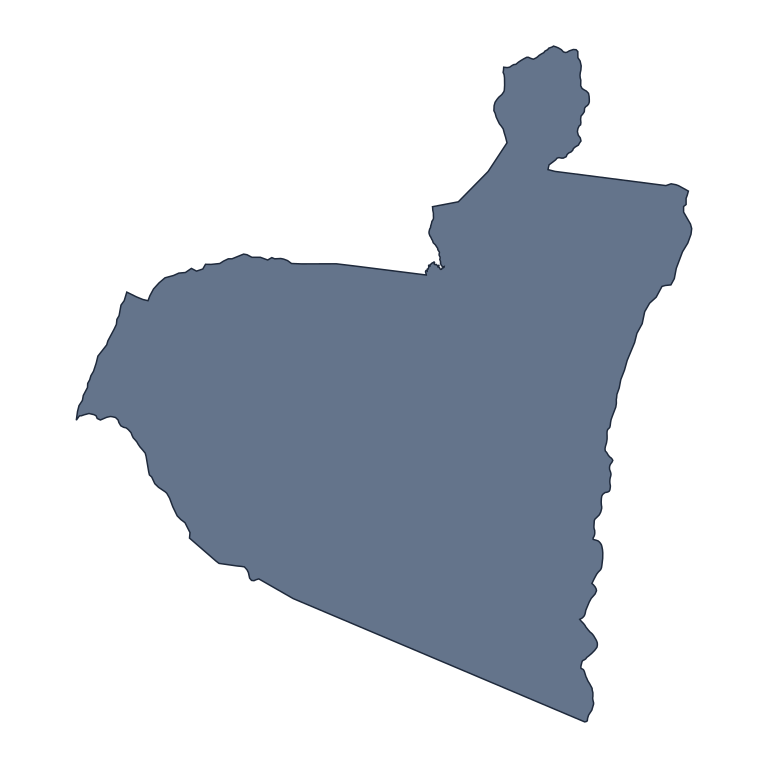 Cafayate, Salta, Argentina (Equal Earth projection)
{"feature_id": "61730980B8590137946072", "entity_name": "Cafayate", "entity_type": "district", "adm_level": 2, "iso_a3": "ARG", "parent_name": "Argentina", "parent_adm1": "Salta", "projection": "equal_earth", "projection_center": [-65.829, -26.11], "detail": "fine", "context": "isolated", "style": "filled", "palette": "slate", "viewbox_px": 768, "rotation_deg": 0, "n_neighbors": 0, "source": "geoboundaries", "source_scale": "gbopen_adm2", "svg_char_len": 6030}
<svg xmlns="http://www.w3.org/2000/svg" viewBox="0 0 768 768"><path d="M189.5,538.1L216.0,561.1L219.0,563.4L237.2,566.0L241.4,566.4L244.4,566.9L247.0,569.8L248.4,572.6L249.6,578.1L251.5,580.4L254.0,580.7L255.9,579.8L258.8,578.9L293.2,598.6L584.7,721.9L586.4,721.5L587.3,720.8L587.6,718.3L588.6,715.1L591.9,710.0L592.3,708.5L593.6,704.1L593.6,702.8L593.0,700.4L592.7,698.8L592.7,697.6L592.9,696.3L592.9,692.7L592.2,690.0L592.1,688.3L589.4,683.3L588.4,681.8L587.5,680.1L586.8,678.3L586.0,676.8L584.3,671.3L583.5,669.8L582.6,669.1L581.1,668.5L580.9,667.3L580.9,666.3L582.0,661.8L582.4,661.0L583.2,660.3L584.4,659.8L585.7,658.9L586.8,657.4L588.9,655.8L592.1,653.0L594.9,650.1L597.0,647.2L597.4,645.0L597.3,642.9L596.7,641.1L595.9,639.5L593.5,635.5L592.4,634.1L591.3,633.0L590.4,632.4L588.1,629.8L585.8,626.9L585.0,625.4L583.7,623.7L580.6,620.5L579.7,619.3L581.6,618.4L582.8,617.5L584.3,615.8L585.0,614.1L585.4,612.4L585.8,610.3L589.2,602.1L591.2,598.4L595.1,594.0L596.5,590.7L596.2,589.0L595.2,587.0L593.4,584.8L591.9,583.5L594.2,578.8L596.6,574.3L598.1,572.3L600.7,569.6L601.5,567.7L601.9,565.2L602.7,558.4L602.8,552.9L602.5,549.6L601.9,546.5L601.4,544.8L600.5,543.3L599.4,542.0L598.1,540.9L596.7,540.4L593.2,539.4L593.1,538.4L593.3,537.5L593.9,536.7L594.4,535.4L594.7,534.1L594.8,532.9L594.7,530.4L594.1,528.7L593.9,526.9L594.3,520.6L594.9,519.2L599.1,515.1L599.7,514.1L600.8,511.9L601.7,508.4L601.7,506.7L601.4,505.1L601.2,502.1L601.4,498.4L601.8,496.0L602.7,494.4L603.9,493.4L605.1,492.5L606.1,492.4L607.8,492.0L609.2,491.2L609.9,489.9L610.3,487.3L610.4,485.9L610.0,483.8L609.8,481.9L609.9,479.7L610.2,477.9L610.8,475.8L611.0,474.1L610.6,472.2L609.6,469.5L609.5,467.7L609.7,466.0L610.2,464.7L611.0,463.4L611.8,462.5L612.8,460.4L612.2,459.2L611.2,458.0L609.7,456.9L608.2,455.1L606.7,452.5L605.3,451.0L605.0,448.9L605.4,446.5L606.5,442.9L607.1,439.0L607.1,436.1L607.0,433.4L607.1,431.3L607.7,429.5L609.0,428.3L609.8,427.3L610.2,425.7L610.6,422.3L611.1,419.6L612.5,415.7L615.8,407.1L616.4,403.2L616.3,399.3L616.6,398.0L616.9,394.5L619.2,388.0L620.8,379.6L624.5,370.1L627.2,360.4L634.6,342.6L636.9,333.4L642.2,323.7L644.7,311.7L649.6,303.2L656.2,297.2L662.0,286.4L665.2,285.5L670.9,284.9L674.3,278.7L676.3,268.3L682.5,251.8L687.8,243.1L691.0,234.3L691.7,228.6L690.5,224.1L683.6,212.1L683.6,206.5L686.1,204.5L686.1,198.3L687.2,195.4L688.4,191.1L678.6,185.7L675.9,184.7L671.1,183.8L665.9,185.6L555.0,171.4L548.0,169.6L549.0,164.9L555.6,159.9L557.1,158.1L559.0,157.6L561.4,158.1L563.3,158.1L566.2,156.7L567.1,154.5L568.7,153.0L571.1,151.9L572.7,150.3L573.4,148.6L575.2,147.0L578.4,145.1L579.6,142.9L581.0,141.0L580.3,137.9L578.3,135.2L577.4,131.7L577.9,128.6L579.2,125.9L580.6,124.8L580.9,122.6L580.6,119.2L581.0,116.1L582.8,114.0L584.3,111.7L584.6,108.2L585.8,106.6L587.4,105.5L588.7,103.8L589.3,101.9L589.3,99.5L589.1,96.3L588.5,93.3L586.4,91.1L584.4,90.0L582.1,88.5L580.7,85.8L580.8,80.1L580.2,77.7L580.0,75.2L580.3,72.7L580.9,70.0L581.2,65.9L580.1,61.0L577.9,57.7L577.8,51.5L576.1,49.7L573.3,49.5L569.2,50.9L567.1,52.2L565.5,52.5L563.4,51.9L561.4,49.7L558.6,48.0L556.0,46.9L553.5,46.1L552.1,47.0L548.7,48.2L547.7,49.6L544.8,51.2L543.9,52.6L541.3,54.0L539.1,55.4L537.4,57.0L535.7,58.1L533.3,59.2L530.6,58.3L528.4,57.3L526.7,57.3L523.8,58.8L521.1,60.4L518.5,62.1L515.9,64.3L513.7,64.6L511.9,65.6L509.6,67.2L507.1,67.6L503.7,67.2L503.5,70.0L503.1,72.4L504.1,74.7L504.5,77.9L504.6,85.3L504.3,90.2L503.9,91.6L501.8,94.6L498.8,97.2L497.0,99.4L495.1,102.2L494.1,105.7L493.9,110.7L495.2,113.4L496.2,117.1L497.6,120.1L499.4,123.8L501.2,126.0L503.2,128.9L504.3,133.1L505.5,136.9L507.0,142.8L488.1,171.5L458.3,201.8L432.5,206.7L432.6,207.5L432.8,210.3L433.4,213.1L433.4,215.8L433.5,217.4L433.4,218.8L432.9,219.9L431.9,221.4L431.5,223.4L430.7,226.0L430.5,227.6L429.7,229.0L429.5,229.7L429.0,231.9L429.0,232.7L429.1,233.6L429.8,235.6L430.1,236.2L430.6,236.8L431.8,239.4L432.5,240.5L433.2,242.7L435.5,245.0L436.4,246.5L437.6,248.2L437.8,249.5L438.1,250.2L439.2,251.8L439.4,252.2L439.4,253.0L439.2,253.6L439.1,254.6L439.2,255.4L440.1,257.2L440.1,258.4L439.9,258.9L439.8,259.5L440.4,261.1L440.6,262.1L440.5,263.4L441.4,265.5L442.2,266.3L442.7,266.6L443.2,266.7L443.8,266.8L444.2,266.6L444.1,267.2L443.8,267.4L443.3,267.8L442.2,268.0L441.9,268.4L441.8,268.9L441.5,269.3L440.7,269.4L440.1,268.9L439.7,268.2L439.4,267.5L439.0,267.2L438.1,267.1L437.9,266.9L437.8,266.7L438.0,266.4L438.8,266.0L439.0,265.5L438.9,265.3L437.4,265.6L436.1,264.4L435.3,264.7L435.0,264.6L434.6,264.4L434.2,264.0L434.2,263.5L434.5,262.9L434.5,262.4L434.2,262.0L433.9,262.0L433.1,262.6L432.1,263.0L431.0,264.1L430.4,264.4L430.2,264.7L430.0,266.1L429.7,266.1L429.1,265.2L428.8,265.2L428.6,265.6L428.6,266.0L428.8,266.5L428.7,267.3L428.1,269.0L427.4,269.0L427.1,269.9L427.2,270.6L427.2,271.0L426.5,270.5L426.1,270.5L425.9,270.7L425.6,271.4L425.5,271.9L426.2,274.2L426.3,275.0L354.7,266.0L336.3,263.8L301.6,263.9L291.5,263.5L287.6,260.6L283.7,259.1L280.8,258.5L274.7,258.8L271.8,257.6L267.7,260.0L260.4,257.3L251.9,257.3L247.0,254.7L243.6,254.1L232.0,258.8L228.3,258.8L223.5,261.1L219.8,263.5L211.1,264.4L205.5,264.3L202.8,269.0L196.5,271.1L191.4,268.4L185.4,272.5L178.8,273.1L173.5,275.5L165.0,277.8L159.1,282.8L153.5,289.0L149.9,295.7L148.0,300.7L142.9,299.5L136.5,296.9L126.8,292.1L124.2,300.7L121.0,305.1L119.1,315.6L116.9,319.4L116.4,324.4L114.0,329.4L107.9,340.8L106.7,344.9L97.9,356.1L96.2,363.1L93.5,371.3L90.9,375.7L89.7,379.8L87.7,383.4L87.5,387.5L83.3,395.4L82.4,400.4L79.0,405.6L77.5,411.5L76.3,420.2L78.8,416.7L79.6,415.8L81.3,415.8L84.1,414.8L89.0,413.5L94.1,414.7L96.1,415.8L97.2,418.5L100.4,420.0L106.7,417.3L110.3,416.5L112.2,416.7L115.5,417.5L118.1,420.0L118.9,422.6L120.8,425.8L123.6,427.3L126.2,427.9L128.3,429.6L131.0,432.6L132.1,435.5L133.2,437.8L135.4,440.2L136.9,442.0L138.0,444.0L140.1,447.1L142.5,449.8L145.2,453.1L146.1,456.4L148.7,471.8L149.4,474.9L151.7,477.0L154.8,483.7L158.5,487.3L165.3,491.9L166.8,493.3L169.6,498.2L172.8,506.8L177.2,515.9L180.9,519.6L185.0,522.7L190.0,532.6L189.5,538.1Z" fill="#64748b" stroke="#1e293b" stroke-width="1.5"/></svg>